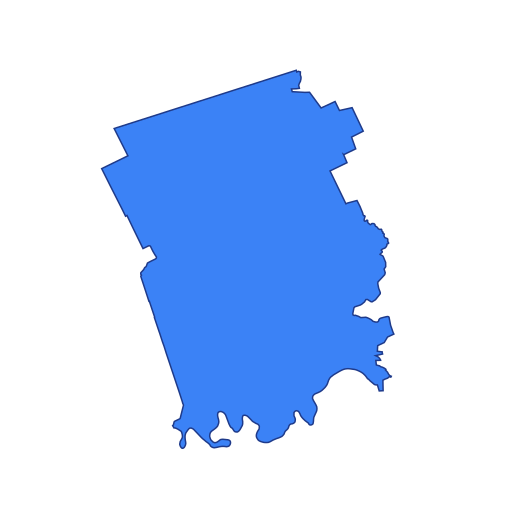 Gustavo Díaz Ordaz, Tamaulipas, Mexico (Robinson projection), rotated 154°
{"feature_id": "50627088B69577652591157", "entity_name": "Gustavo Díaz Ordaz", "entity_type": "district", "adm_level": 2, "iso_a3": "MEX", "parent_name": "Mexico", "parent_adm1": "Tamaulipas", "projection": "robinson", "projection_center": [-98.631, 26.139], "detail": "fine", "context": "isolated", "style": "filled", "palette": "blue", "viewbox_px": 512, "rotation_deg": 154, "n_neighbors": 0, "source": "geoboundaries", "source_scale": "gbopen_adm2", "svg_char_len": 6064}
<svg xmlns="http://www.w3.org/2000/svg" viewBox="0 0 512 512"><g transform="rotate(154 256 256)"><path d="M327.6,432.8L327.2,402.2L356.4,402.2L356.2,381.6L355.8,356.0L355.8,348.9L354.2,349.0L354.3,332.9L354.3,312.2L347.8,312.2L347.2,311.8L346.8,311.5L346.6,310.8L346.6,305.5L346.3,301.4L345.9,298.8L346.5,297.8L347.5,297.4L353.0,297.4L355.9,297.3L356.7,297.2L359.1,294.9L359.6,294.6L361.0,294.4L361.7,294.0L362.8,293.1L366.5,291.6L366.9,291.4L367.5,290.3L367.5,289.7L367.3,289.0L368.1,288.6L368.3,288.4L368.5,288.1L369.5,280.7L370.9,270.6L372.1,262.2L371.7,262.1L373.9,245.5L374.3,245.3L376.3,230.1L376.3,229.7L377.7,219.8L378.2,215.2L379.3,207.9L384.7,167.2L386.0,158.0L386.3,156.3L386.4,155.9L386.5,153.8L395.0,143.7L395.5,143.2L395.9,143.1L401.8,143.1L402.3,142.8L404.3,140.4L404.6,140.3L405.3,140.1L405.1,137.4L404.2,137.0L403.3,136.1L402.2,134.7L400.2,131.4L400.1,130.3L400.3,129.1L400.6,127.7L401.0,126.6L401.5,125.5L402.5,124.5L405.4,122.5L406.7,120.8L407.2,119.9L407.3,119.0L407.4,117.7L407.2,116.6L406.8,115.7L406.0,115.2L404.5,115.4L403.5,116.0L402.2,117.1L401.3,118.3L400.8,119.6L400.2,121.7L399.5,123.6L398.6,125.5L397.8,126.5L396.7,127.7L395.5,128.4L393.5,129.5L392.2,130.1L391.3,130.3L390.7,130.2L389.7,129.8L388.9,128.9L388.1,127.7L387.6,126.1L385.8,120.4L384.6,116.6L383.9,114.8L383.0,112.9L382.3,111.2L381.3,109.4L380.6,107.8L380.2,106.6L380.2,105.3L379.6,103.9L378.7,102.8L377.7,102.0L375.5,101.3L372.4,100.6L370.0,99.8L368.6,99.1L367.7,98.6L366.1,97.5L364.6,97.1L363.4,97.1L362.4,97.6L361.5,98.3L360.8,99.2L360.4,100.3L360.4,101.3L361.0,102.4L361.9,103.2L366.3,105.9L368.0,106.5L368.9,106.5L370.5,106.1L372.5,105.8L374.0,105.9L375.2,106.5L376.1,107.5L377.2,110.6L377.1,112.1L376.8,114.0L376.1,115.3L375.5,116.2L374.8,116.9L373.6,117.7L372.3,118.1L369.0,118.7L367.6,119.0L366.1,119.5L364.9,120.1L362.8,122.2L362.0,123.5L361.4,125.3L361.0,127.5L360.6,129.0L360.2,130.0L359.7,130.8L359.1,131.6L358.2,132.1L356.9,132.1L355.6,131.6L354.2,130.1L353.4,128.5L353.0,126.7L353.1,125.1L353.9,117.0L353.9,114.5L353.7,113.0L353.0,111.9L352.7,110.9L352.4,108.3L352.0,107.4L351.1,106.6L349.9,106.0L349.2,106.0L347.9,106.3L346.8,106.8L345.4,107.7L342.6,109.7L341.6,110.9L340.5,113.1L340.0,114.8L339.4,116.2L338.8,117.1L338.1,117.9L337.4,118.3L336.2,118.0L335.3,117.4L334.4,116.5L333.8,115.6L332.7,112.5L331.6,108.9L329.4,105.5L328.1,104.1L327.6,102.6L327.6,101.8L327.9,101.0L329.0,99.2L331.4,97.7L332.5,96.8L333.5,95.8L334.2,94.9L334.8,93.6L335.0,92.6L334.9,91.0L334.7,89.6L334.2,88.6L333.2,87.3L331.7,85.9L330.5,84.9L328.7,83.9L326.8,83.1L325.1,82.9L321.1,83.1L319.4,83.0L317.5,82.9L315.5,82.6L313.7,82.5L311.8,82.5L310.3,83.0L308.8,83.7L307.6,84.9L306.6,85.6L305.6,86.0L304.7,86.2L303.3,86.7L302.2,87.4L300.9,88.8L300.2,89.3L299.2,89.7L298.2,89.7L297.1,89.3L295.8,89.2L294.5,89.4L293.6,89.9L292.4,91.7L292.0,93.0L291.9,95.7L291.5,96.6L290.9,97.8L290.5,98.6L289.6,99.1L288.7,99.4L287.6,99.3L286.6,98.5L285.9,97.6L285.7,96.1L285.7,94.8L285.8,92.9L285.6,91.4L285.1,89.4L284.0,86.4L282.2,82.9L282.1,81.3L281.5,80.4L280.7,80.0L279.5,79.9L278.5,80.1L278.0,80.6L276.6,82.6L276.1,83.6L274.9,85.5L273.8,86.5L269.8,89.8L268.9,90.8L268.1,92.2L267.5,93.8L267.4,95.6L267.5,97.9L267.7,100.3L267.7,103.0L267.2,104.0L266.6,104.9L265.8,105.5L264.6,106.0L263.3,106.2L259.8,106.0L257.6,106.0L255.7,106.3L253.7,106.9L251.6,107.6L250.2,108.3L249.1,108.9L247.8,109.9L245.1,112.6L243.8,113.5L243.0,114.0L241.7,114.5L240.1,114.8L238.4,115.2L232.3,115.7L230.2,115.8L228.6,115.8L227.1,115.7L225.8,115.5L224.2,115.0L222.7,114.4L220.8,113.3L218.9,112.0L217.1,110.8L215.8,109.7L214.3,108.0L213.3,106.8L212.2,105.2L211.3,103.6L210.4,101.2L210.0,99.7L209.5,96.7L208.9,96.0L208.2,93.8L205.9,88.6L204.9,87.7L203.4,86.9L204.4,80.7L200.8,79.2L198.5,84.2L196.4,88.7L194.3,88.8L191.2,88.5L189.3,89.0L188.9,89.0L188.1,88.1L187.9,88.0L187.1,88.6L188.1,89.7L188.6,91.2L188.7,92.3L188.7,93.8L189.6,96.8L188.9,97.2L189.8,99.0L190.1,99.2L190.6,100.0L191.5,101.0L192.1,101.4L192.8,102.4L193.0,103.1L193.6,103.5L194.5,104.3L195.6,105.3L194.1,109.6L189.7,107.6L189.6,107.9L189.8,109.9L190.6,112.0L192.2,114.0L185.2,112.4L184.8,114.2L184.6,114.5L188.7,117.2L185.9,122.1L178.7,122.0L173.3,125.5L166.3,125.4L166.3,127.2L165.4,134.7L163.3,142.5L163.4,143.2L164.0,143.8L165.0,144.2L168.1,144.9L171.3,145.5L172.4,145.4L173.4,144.9L174.1,144.0L175.0,143.5L176.1,143.5L177.6,144.3L178.4,145.0L179.6,146.2L179.8,147.0L180.4,148.3L181.5,149.9L182.8,151.5L184.1,152.8L186.4,153.7L188.8,154.7L190.2,156.7L192.7,159.2L193.8,159.5L194.6,160.5L194.3,161.7L190.7,166.5L189.5,167.0L183.8,166.2L182.1,166.3L178.5,167.2L176.4,168.7L174.9,168.1L172.6,164.4L171.7,163.9L167.8,164.3L160.9,167.6L160.3,168.7L159.9,173.2L158.7,177.7L157.8,179.2L148.5,182.8L147.2,184.3L146.6,188.1L144.1,189.5L142.3,193.4L141.9,199.5L142.0,200.5L143.8,203.0L143.3,203.4L142.6,203.7L142.0,203.7L141.0,204.0L140.6,204.6L140.6,205.3L140.9,205.8L141.0,206.2L140.4,206.7L138.8,206.8L136.6,206.6L135.0,207.2L133.8,208.1L133.2,209.2L132.6,209.3L131.9,209.2L131.2,209.4L131.0,210.4L131.3,210.9L131.1,211.7L130.5,212.5L130.2,213.6L130.5,214.3L131.5,215.3L132.1,216.0L132.2,216.6L132.2,217.7L131.9,218.5L131.4,219.0L131.2,219.6L131.4,220.2L131.8,220.6L132.0,221.1L131.5,221.5L131.4,221.9L131.7,222.4L131.9,223.1L131.5,224.6L131.8,225.3L132.6,225.4L133.2,225.7L134.2,226.9L134.3,228.1L134.8,229.6L135.5,230.2L135.6,231.3L135.3,232.1L135.8,233.4L137.4,234.3L138.2,234.3L138.8,234.0L139.6,234.1L140.3,235.5L140.8,236.8L140.7,238.0L140.2,238.5L140.1,239.1L140.5,239.6L141.3,239.6L141.9,239.3L142.3,239.3L142.8,239.5L143.2,240.0L143.1,240.9L142.2,242.1L140.6,243.8L140.7,244.6L141.5,244.9L141.7,246.4L141.3,247.5L140.8,254.9L140.9,261.6L150.6,263.5L152.3,263.5L152.2,300.0L133.3,300.0L132.8,308.8L132.7,308.6L119.4,308.6L118.0,321.0L104.9,321.2L104.6,347.2L117.2,350.2L117.2,360.2L132.6,360.5L136.1,379.7L140.3,381.6L151.4,387.8L150.9,390.6L146.3,388.6L143.5,387.7L142.8,390.8L140.6,392.8L139.7,393.3L138.0,395.4L137.1,397.1L136.8,399.3L135.4,402.0L136.9,403.4L138.7,403.5L138.4,405.3L327.6,432.8Z" fill="#3b82f6" stroke="#1e3a8a" stroke-width="1.5"/></g></svg>